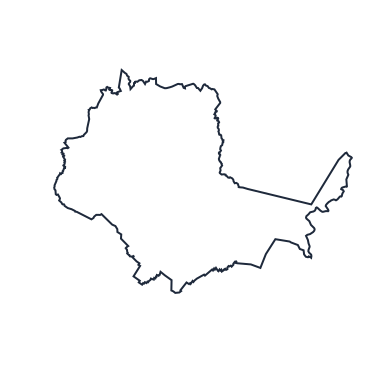 the district of Ayotlán, Jalisco, Mexico, rotated 297°
{"feature_id": "50627088B2305212977001", "entity_name": "Ayotlán", "entity_type": "district", "adm_level": 2, "iso_a3": "MEX", "parent_name": "Mexico", "parent_adm1": "Jalisco", "projection": "robinson", "projection_center": [-102.328, 20.472], "detail": "fine", "context": "isolated", "style": "outline", "palette": "slate", "viewbox_px": 384, "rotation_deg": 297, "n_neighbors": 0, "source": "geoboundaries", "source_scale": "gbopen_adm2", "svg_char_len": 5984}
<svg xmlns="http://www.w3.org/2000/svg" viewBox="0 0 384 384"><g transform="rotate(297 192 192)"><path d="M124.1,77.5L123.4,80.3L122.4,81.8L122.3,82.5L122.9,83.4L122.6,84.1L121.8,84.8L121.3,88.6L122.0,92.5L122.0,96.3L121.5,96.8L122.0,98.3L122.0,114.8L124.1,116.0L125.7,116.0L128.2,117.1L129.9,120.6L131.2,121.4L126.7,135.7L126.9,139.2L125.0,142.3L122.5,143.7L122.1,148.2L118.2,149.9L114.9,159.7L113.9,159.1L111.8,158.4L111.1,158.4L111.5,158.5L111.6,158.8L111.1,160.2L108.7,161.9L108.6,162.3L107.8,162.2L107.1,164.6L107.3,164.9L106.5,165.8L107.1,167.7L107.0,168.1L108.3,168.7L108.2,169.2L106.7,169.0L105.0,174.2L104.6,177.5L102.8,177.3L102.6,179.3L90.3,178.2L89.2,185.8L87.3,185.6L86.8,189.6L88.6,189.8L88.4,191.7L88.5,191.2L89.3,190.9L90.3,191.0L90.2,192.8L91.9,193.0L91.8,193.9L93.0,194.0L94.9,194.9L96.2,194.7L96.6,197.7L98.3,197.3L98.4,198.6L100.2,198.3L100.3,198.8L102.1,198.4L102.2,200.2L102.9,200.1L103.5,200.8L106.6,200.2L105.4,205.8L104.2,213.8L94.9,218.3L95.0,220.5L94.5,222.9L96.7,226.3L98.8,227.3L99.2,226.3L108.9,228.2L108.6,231.2L109.9,231.7L109.5,232.5L113.0,232.9L112.5,234.1L114.4,234.5L117.1,235.7L121.6,238.7L123.9,240.3L123.4,241.5L132.1,245.1L131.6,246.3L133.9,246.4L133.3,247.6L135.3,247.8L133.5,250.9L133.4,251.5L135.5,251.7L134.9,252.9L136.1,253.3L134.7,254.7L137.1,256.0L137.3,255.6L138.7,256.4L138.1,257.7L139.3,258.6L140.7,257.8L142.6,258.2L142.5,258.9L144.0,260.0L143.5,261.2L146.0,261.9L146.9,261.4L149.5,261.9L150.2,262.9L150.0,263.2L148.6,263.0L149.1,264.8L154.2,277.3L155.4,287.4L170.2,286.0L187.8,287.7L192.2,301.5L192.0,303.1L192.8,310.4L190.2,313.9L190.7,317.9L187.3,320.2L186.0,322.8L186.5,324.9L187.6,325.3L187.3,325.9L187.8,326.7L187.5,328.0L189.1,327.5L190.3,326.6L191.1,323.9L192.0,322.6L193.3,322.1L196.5,321.7L197.2,321.3L199.1,319.2L201.8,317.1L204.7,313.5L206.2,314.2L208.1,316.3L211.3,318.1L213.0,318.5L214.2,318.3L215.0,317.7L215.4,317.0L216.7,312.9L219.3,309.8L220.3,305.9L221.0,305.2L222.4,304.9L225.0,305.9L227.6,306.5L229.8,309.1L231.1,309.9L232.6,310.0L234.0,309.6L234.8,310.0L234.9,310.8L233.7,315.0L233.5,317.0L233.8,317.7L235.8,320.0L236.7,322.0L237.2,322.1L238.1,321.3L240.2,317.5L241.2,317.3L242.8,317.6L245.2,318.4L246.9,319.5L247.6,319.7L249.7,321.6L250.0,322.9L249.9,323.8L250.1,324.2L251.6,325.0L254.9,325.8L255.5,326.2L255.7,327.1L256.2,327.3L258.9,326.7L261.5,326.9L262.2,325.9L262.3,323.6L263.1,323.5L263.9,323.7L264.7,324.4L266.7,326.5L266.9,327.4L267.3,327.5L273.3,323.8L278.3,323.5L279.7,321.9L281.2,321.1L283.0,320.9L286.5,321.4L287.6,320.9L290.1,318.9L291.3,318.4L292.6,318.3L294.5,318.9L295.1,318.8L295.4,318.0L295.5,314.7L297.2,311.9L296.6,311.6L296.4,311.0L287.2,308.0L235.1,303.9L220.0,240.3L219.1,235.4L217.6,231.7L217.6,231.4L218.1,231.3L218.8,230.3L219.8,229.5L220.1,228.8L220.2,227.3L219.2,226.1L220.4,224.2L221.7,223.2L222.4,221.7L222.4,219.2L221.5,218.7L221.3,217.3L221.9,216.2L222.0,214.4L222.7,214.1L222.4,212.6L221.0,210.4L221.5,208.2L222.0,207.8L224.1,207.7L226.1,206.3L229.3,206.8L229.8,206.1L230.7,205.7L230.7,205.1L231.6,204.4L231.8,202.9L232.4,202.5L232.8,201.6L233.7,200.9L236.6,200.5L237.8,200.0L238.0,200.2L238.3,199.9L238.3,198.7L239.0,198.2L239.7,198.2L240.4,198.8L242.1,199.0L242.9,197.7L244.4,197.2L245.9,196.9L247.5,197.6L249.8,196.9L250.4,197.3L251.1,197.0L251.0,196.6L251.6,196.0L252.4,196.3L252.4,195.7L253.3,193.9L255.7,192.3L256.0,191.4L255.5,190.7L255.5,190.2L257.8,188.4L257.9,188.1L259.3,187.9L260.4,187.0L260.9,185.8L261.7,185.3L262.9,185.1L263.1,185.3L265.0,184.1L266.2,184.6L266.5,184.5L267.2,183.4L267.1,182.0L267.4,181.8L269.1,182.1L269.5,181.9L269.8,181.5L269.6,180.8L268.9,180.5L268.6,179.8L268.0,179.2L268.1,178.6L269.8,178.7L271.0,178.3L271.4,176.6L272.4,176.9L272.8,176.6L273.3,176.8L274.1,176.6L274.7,177.4L275.3,177.4L275.3,176.4L275.8,176.1L276.2,175.2L284.1,176.7L284.9,176.3L287.1,173.0L289.0,170.9L290.8,170.5L293.6,165.4L293.0,163.3L292.4,162.9L292.6,161.2L292.4,159.8L293.4,157.9L293.2,155.9L293.8,154.6L293.1,153.9L291.5,153.6L289.2,153.9L286.0,153.5L287.4,150.1L286.9,149.1L288.5,146.4L289.0,144.8L289.0,143.9L283.4,138.2L282.5,137.9L281.2,138.7L281.0,137.3L283.6,134.1L282.5,132.3L282.4,131.4L281.8,130.3L277.0,126.5L275.4,124.9L273.0,122.2L272.1,120.6L271.6,115.7L271.9,111.0L277.1,108.2L275.2,106.6L274.8,105.8L274.4,103.3L274.1,102.9L273.0,102.6L271.3,103.2L269.9,102.1L269.5,101.0L266.9,101.1L268.7,97.9L268.9,96.2L267.6,94.3L265.4,93.3L265.0,92.0L264.3,91.2L263.3,91.7L262.7,90.9L260.4,92.0L259.7,91.5L255.8,90.5L258.0,89.0L259.5,86.6L260.2,86.5L261.7,86.9L262.5,86.8L263.1,86.4L263.4,85.0L264.1,84.0L265.9,83.3L266.2,81.4L267.5,79.9L267.6,78.4L268.7,74.0L251.8,79.4L251.5,80.4L249.7,82.7L247.2,80.3L246.5,80.4L245.7,81.4L244.8,81.0L245.0,79.9L245.6,79.4L245.1,79.1L244.8,77.7L244.0,77.0L243.7,75.5L244.2,75.0L245.9,75.0L246.4,74.7L246.4,74.1L245.6,72.6L245.6,72.0L245.7,71.7L246.9,71.9L247.5,71.8L247.1,70.2L246.9,70.0L247.1,68.7L246.3,68.3L244.4,69.0L243.3,69.1L243.1,68.5L243.4,67.7L243.3,66.9L242.1,65.7L241.3,64.5L240.3,65.4L238.8,68.3L238.1,68.6L228.3,68.3L224.1,68.8L223.8,68.1L222.6,67.2L222.5,66.5L221.7,65.2L221.8,64.2L220.3,63.3L219.1,63.4L218.3,62.7L217.9,63.2L216.2,63.6L214.5,64.8L213.4,65.0L210.3,67.3L201.2,69.7L198.8,70.8L197.5,70.9L193.8,69.7L192.5,69.8L191.7,68.5L190.4,67.6L190.1,66.6L188.5,65.1L185.5,61.2L183.4,57.0L181.2,56.0L180.5,56.0L179.0,56.8L178.0,56.0L175.4,61.8L174.6,61.4L174.4,60.4L172.5,57.6L170.4,56.6L170.4,56.9L169.0,58.0L167.9,57.9L167.9,60.0L167.4,60.0L167.1,59.5L166.6,59.5L166.5,61.6L166.2,61.7L165.6,61.0L165.0,61.0L163.1,64.3L162.5,64.4L162.6,63.9L161.9,63.9L161.2,65.2L160.2,64.9L159.7,65.6L158.5,65.8L157.3,65.3L157.0,65.7L156.9,67.5L155.7,68.0L155.1,67.1L153.6,67.5L152.0,67.3L151.9,67.7L150.7,67.7L150.1,68.0L149.6,67.3L148.7,67.2L148.8,66.0L147.4,66.3L146.3,65.8L145.1,65.8L143.5,65.4L143.2,65.8L142.3,66.1L141.2,65.8L140.2,66.2L135.6,66.5L134.5,67.1L133.4,67.2L132.0,68.3L131.5,69.6L128.2,71.6L127.9,72.6L128.9,73.7L126.8,76.8L126.1,77.4L124.1,77.5Z" fill="none" stroke="#1e293b" stroke-width="2"/></g></svg>